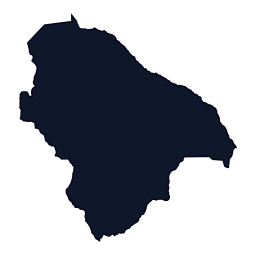 outline of Dormaa East, Brong Ahafo, Ghana
{"feature_id": "2480657B16380673722667", "entity_name": "Dormaa East", "entity_type": "district", "adm_level": 2, "iso_a3": "GHA", "parent_name": "Ghana", "parent_adm1": "Brong Ahafo", "projection": "equal_earth", "projection_center": [-2.665, 7.264], "detail": "fine", "context": "isolated", "style": "filled", "palette": "ink", "viewbox_px": 256, "rotation_deg": 0, "n_neighbors": 0, "source": "geoboundaries", "source_scale": "gbopen_adm2", "svg_char_len": 5748}
<svg xmlns="http://www.w3.org/2000/svg" viewBox="0 0 256 256"><path d="M236.0,147.4L235.0,145.5L234.4,144.8L233.5,144.6L233.6,143.9L233.3,143.8L233.3,143.4L232.7,141.9L232.4,141.8L232.5,141.3L232.1,140.7L231.5,140.1L229.6,139.1L229.3,138.6L228.9,138.3L228.3,135.3L227.9,135.0L227.4,135.0L227.2,134.4L227.3,133.3L226.5,131.6L226.3,130.1L225.0,128.4L225.0,128.0L224.4,127.0L223.4,126.0L222.4,125.8L221.8,125.0L221.3,124.8L221.0,123.7L220.0,122.6L219.3,121.2L219.1,118.0L218.5,117.1L218.0,115.2L216.9,113.8L216.5,112.0L216.7,111.1L216.2,110.3L215.8,110.2L215.8,109.1L215.6,108.7L215.2,108.7L215.0,108.2L214.6,108.2L214.0,107.8L212.9,106.8L212.6,106.3L211.5,106.1L211.0,105.5L209.7,105.0L208.3,104.9L208.1,104.5L206.7,103.9L205.3,102.9L204.4,102.7L203.4,103.1L201.5,100.5L200.7,98.3L200.7,97.4L200.5,97.2L198.3,96.8L198.0,96.2L197.7,96.2L197.3,95.2L196.5,95.1L196.3,94.6L195.6,94.7L194.2,94.0L193.0,92.7L192.6,92.7L190.5,90.2L187.4,88.9L186.5,87.8L185.5,87.6L185.1,86.8L180.5,85.7L179.2,85.5L177.6,86.0L176.5,85.3L176.2,84.9L175.8,84.9L175.0,84.2L174.6,84.0L173.8,84.3L173.2,84.0L172.9,83.4L171.2,83.2L169.4,81.2L167.0,80.1L166.3,79.1L165.4,79.0L164.9,78.4L164.4,78.4L164.0,77.9L163.5,77.9L163.2,77.5L161.4,76.5L161.1,76.6L160.4,75.6L159.7,75.6L159.1,75.1L157.7,75.2L157.2,74.1L155.6,73.3L154.5,74.7L154.2,74.1L152.6,73.4L150.6,73.3L150.2,73.0L149.9,72.2L149.3,72.0L149.2,71.7L146.9,70.9L145.6,68.9L144.5,69.1L143.2,68.2L143.1,67.5L142.8,67.4L142.6,67.1L142.3,67.0L142.1,66.2L141.2,65.8L140.7,64.6L140.2,64.6L138.4,63.1L137.8,61.8L135.7,60.7L134.7,58.4L134.8,57.9L134.4,57.1L133.7,57.1L133.0,56.5L132.4,56.7L132.2,56.1L131.6,55.7L131.2,55.0L130.5,54.9L129.6,53.4L129.0,53.3L128.7,52.2L127.8,50.9L127.4,50.8L126.4,49.6L125.9,48.8L125.5,48.7L125.0,47.8L124.8,47.0L124.0,46.9L123.8,46.5L123.3,46.4L123.0,45.6L121.9,44.9L121.2,44.9L121.1,44.2L120.4,43.9L120.0,43.2L119.3,42.7L118.7,41.5L116.4,40.6L116.1,40.0L115.8,38.5L114.2,36.2L112.7,35.6L112.1,34.9L109.8,34.5L108.9,33.8L107.4,33.7L106.9,33.2L106.4,32.2L104.7,31.7L104.4,31.0L104.2,30.8L103.0,31.4L101.7,31.5L100.6,31.2L100.0,30.8L98.6,30.7L94.5,28.1L93.9,28.7L92.4,29.4L87.5,30.0L84.9,29.0L84.0,29.2L82.5,29.1L80.8,29.0L79.7,28.5L78.8,27.5L76.8,23.2L76.6,21.7L76.4,21.2L71.8,15.4L71.9,21.6L44.6,25.1L27.7,43.0L28.4,45.2L29.5,49.6L29.6,51.9L30.3,53.4L30.6,54.3L31.6,54.4L32.2,54.7L32.6,54.9L33.2,56.0L33.4,57.8L32.9,59.3L32.1,60.6L32.7,61.5L33.7,62.1L35.4,63.9L36.9,66.2L37.2,67.0L37.3,68.8L36.5,71.7L36.2,73.6L34.4,77.1L34.3,77.9L34.5,79.2L33.6,81.6L33.6,82.3L33.8,83.8L34.9,84.9L35.8,86.6L33.4,87.8L32.2,89.5L31.7,91.6L31.9,94.1L32.4,96.3L29.9,96.5L29.0,96.2L28.2,95.4L27.9,93.5L27.4,92.5L25.7,91.9L22.1,92.1L21.9,92.2L21.7,92.8L21.2,93.2L20.4,94.3L20.3,94.8L20.4,96.3L20.2,98.0L20.3,98.3L20.1,98.9L20.4,100.2L20.4,101.8L20.1,102.4L20.2,105.6L20.0,107.1L20.5,108.9L21.3,108.9L21.7,109.7L21.3,111.1L21.2,113.7L21.0,115.1L21.2,116.0L20.7,117.4L20.5,118.8L22.0,119.2L23.4,120.6L27.8,121.2L31.4,121.1L32.8,121.6L35.0,122.8L35.5,127.9L37.5,128.2L38.8,128.8L40.1,130.4L40.3,131.7L41.0,132.7L42.0,133.2L42.5,133.8L43.9,134.1L45.4,138.2L45.4,139.2L45.7,140.3L46.3,141.3L47.0,141.5L47.8,142.1L48.3,143.2L49.3,144.6L51.2,145.2L51.9,145.9L54.1,145.6L55.1,147.5L56.1,150.4L56.5,152.4L56.4,153.1L55.4,155.5L55.6,155.8L56.2,155.7L58.9,156.6L60.6,157.8L61.3,158.9L67.6,158.8L68.3,158.5L68.7,158.9L69.0,159.9L69.9,161.0L70.5,162.4L72.1,163.8L72.7,165.1L74.3,166.5L73.9,171.3L73.0,173.8L72.9,174.6L73.1,175.6L72.9,176.9L71.5,182.3L69.1,186.8L67.9,188.5L67.1,188.9L66.6,189.6L66.3,190.8L66.4,192.8L67.6,195.5L68.6,197.0L68.7,198.3L69.6,199.8L70.9,201.3L71.9,201.8L72.6,202.8L72.5,203.6L72.9,204.1L73.6,203.9L74.0,204.4L74.1,205.2L75.1,205.7L74.9,206.7L75.1,207.1L76.1,207.3L77.1,206.9L77.3,207.4L78.7,207.4L80.1,208.9L82.2,209.3L83.0,209.2L84.9,210.4L85.6,211.9L85.7,212.5L85.5,213.1L85.9,213.9L85.7,214.7L85.3,215.5L85.3,215.8L85.2,217.2L86.0,218.6L86.0,219.7L85.7,220.6L86.8,221.9L87.1,222.0L87.7,223.1L88.1,223.3L90.6,227.5L90.7,228.2L91.0,228.6L91.1,229.1L91.9,231.2L91.8,231.9L92.2,233.0L92.5,233.0L92.6,233.5L93.2,233.6L94.0,234.5L94.7,236.3L95.0,236.5L96.2,238.8L96.7,239.0L97.5,238.7L98.1,239.8L98.6,239.9L99.0,240.6L99.6,240.6L99.5,239.6L99.9,238.3L100.5,238.0L100.7,237.6L101.5,237.6L101.6,236.8L101.9,236.7L102.4,235.4L102.9,234.9L102.8,234.3L103.1,234.0L103.6,233.8L103.8,233.9L104.0,233.5L105.6,235.0L107.0,235.4L107.3,235.2L108.3,235.9L109.0,236.1L110.0,235.2L110.7,235.1L111.1,234.3L111.7,234.0L113.3,234.0L113.7,234.3L114.4,235.4L114.9,235.5L115.4,234.3L117.3,234.1L117.6,233.5L119.0,232.4L120.6,233.0L121.6,233.0L122.2,232.4L122.8,232.3L123.0,232.7L123.8,232.7L124.4,231.4L125.5,229.6L128.1,228.2L129.1,228.1L130.8,226.0L132.0,225.0L132.9,224.6L134.0,223.6L135.5,222.6L136.5,222.3L137.0,221.9L137.4,221.2L138.3,220.6L138.5,220.3L138.5,218.2L138.7,217.8L139.3,217.7L139.7,217.2L140.3,216.8L141.3,214.6L141.8,214.3L142.0,213.9L143.3,214.2L143.7,213.9L144.1,212.3L145.1,211.0L145.3,209.5L146.0,208.3L146.0,206.8L147.0,204.7L147.1,204.3L148.0,203.3L148.4,202.7L151.1,200.6L151.9,199.5L152.5,199.3L154.8,199.3L155.8,199.8L156.4,199.9L157.9,199.3L159.8,198.9L160.9,199.1L162.0,198.8L164.7,200.2L166.1,200.4L167.6,200.1L168.4,199.3L169.2,198.1L169.3,196.6L168.4,194.2L168.5,192.9L167.9,191.5L168.7,187.5L168.5,186.6L167.9,185.8L168.3,184.0L169.0,182.2L168.8,181.3L168.8,180.3L168.4,177.8L168.8,175.2L169.9,172.8L171.3,171.0L173.4,169.9L174.9,169.5L175.7,168.8L178.0,165.5L178.6,163.9L179.5,162.2L182.7,160.5L183.3,157.7L184.5,156.7L209.3,156.4L212.7,159.3L223.1,160.1L224.7,166.0L227.0,167.3L228.3,167.3L229.2,159.0L229.5,158.2L231.1,156.7L231.8,155.4L232.5,151.5L232.8,150.7L232.9,150.1L233.4,148.6L233.9,148.6L234.3,147.8L234.9,147.4L236.0,147.4Z" fill="#0f172a" stroke="#020617" stroke-width="1.5"/></svg>